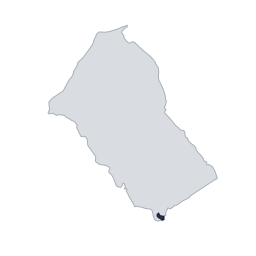 Bawku Municipal, Upper East, Ghana (highlighted), rotated 147°
{"feature_id": "2480657B67017614982997", "entity_name": "Bawku Municipal", "entity_type": "district", "adm_level": 2, "iso_a3": "GHA", "parent_name": "Ghana", "parent_adm1": "Upper East", "projection": "robinson", "projection_center": [-0.204, 11.042], "detail": "fine", "context": "in_parent", "style": "filled", "palette": "slate", "viewbox_px": 256, "rotation_deg": 147, "n_neighbors": 0, "source": "geoboundaries", "source_scale": "gbopen_adm2", "svg_char_len": 3924}
<svg xmlns="http://www.w3.org/2000/svg" viewBox="0 0 256 256"><g transform="rotate(147 128 128)"><path d="M153.4,33.5L155.1,35.3L155.4,36.4L154.8,40.3L153.6,43.0L152.8,45.5L152.9,46.8L153.7,48.1L156.2,50.1L157.5,51.4L159.1,53.4L160.9,55.3L163.9,57.8L165.2,58.3L165.2,59.0L164.8,59.9L164.5,69.3L164.2,71.7L164.0,72.9L163.7,76.4L163.4,76.9L162.8,76.9L162.3,77.0L162.2,77.7L162.4,78.4L164.2,78.9L163.8,79.4L162.5,79.9L161.8,81.0L162.1,82.2L161.3,83.1L161.6,83.8L162.0,84.3L162.8,84.1L165.0,82.5L165.9,82.3L167.0,82.6L169.1,85.1L169.2,86.3L168.3,90.4L167.5,93.6L167.3,97.8L168.2,100.2L168.1,101.5L167.2,102.6L165.0,104.3L165.2,105.4L166.2,107.5L168.0,109.8L171.5,112.7L173.3,116.4L173.4,117.9L172.3,119.5L171.0,120.8L170.6,122.7L171.2,135.2L168.4,140.7L168.4,142.2L168.7,144.0L169.4,145.1L170.8,145.4L172.0,146.5L171.6,150.3L171.0,154.2L170.9,156.1L170.5,157.0L169.4,157.7L169.0,158.9L169.3,160.4L169.1,161.6L169.7,163.0L171.0,164.8L173.0,169.3L173.8,169.7L174.1,170.6L173.9,171.5L174.7,173.5L177.0,175.5L179.3,177.2L181.3,177.5L181.7,179.0L183.0,181.0L183.9,181.9L185.4,182.4L186.6,182.7L186.6,184.4L184.5,185.6L183.0,187.3L181.9,189.9L180.3,192.8L175.0,194.3L173.0,194.3L162.1,194.4L151.8,200.1L146.0,202.1L142.3,205.3L137.5,207.6L134.1,210.3L127.0,211.6L115.4,216.0L111.8,217.7L108.1,220.7L102.2,224.2L99.8,224.2L95.2,220.9L91.7,219.2L83.1,216.7L76.7,215.7L73.6,214.6L72.7,214.5L73.5,213.3L75.3,213.2L77.1,213.5L78.6,212.6L80.6,212.5L81.2,211.6L81.4,209.2L81.3,207.3L82.1,206.4L82.3,204.1L81.3,199.1L80.5,198.5L76.8,197.8L76.5,196.8L75.8,195.8L75.1,193.2L74.3,189.3L73.0,184.5L70.5,176.6L69.9,173.9L69.5,171.0L69.4,167.6L69.9,166.4L69.8,164.6L69.6,162.9L71.4,158.8L74.9,153.9L75.6,152.2L76.2,150.9L76.3,149.2L77.0,143.4L78.6,136.5L79.7,133.9L80.4,132.5L81.2,130.2L81.5,129.1L84.7,126.4L86.1,125.7L86.5,124.6L86.0,123.4L86.2,122.6L86.9,122.2L88.1,121.9L89.0,120.8L87.6,112.3L86.6,103.8L86.5,103.0L85.9,101.9L85.2,98.3L84.1,96.3L82.6,95.7L82.6,93.7L84.2,90.5L84.6,88.6L83.8,88.0L83.7,86.5L84.3,84.1L84.0,82.6L83.7,81.0L82.2,77.3L81.8,74.7L82.6,73.1L82.6,69.7L81.7,64.5L81.6,61.2L82.2,59.9L81.9,58.6L80.8,57.3L80.7,56.1L81.7,55.0L81.5,54.0L80.3,53.4L79.2,51.8L78.3,49.2L78.5,45.2L80.3,37.7L80.6,37.1L82.6,37.1L82.6,37.4L89.0,37.3L96.3,37.3L105.1,37.2L113.0,37.1L113.3,36.7L114.7,36.3L122.7,37.1L127.7,36.7L129.8,37.0L131.4,37.5L134.8,37.1L136.7,37.3L138.1,39.2L138.6,39.2L139.4,38.4L140.8,37.5L142.2,36.8L143.2,35.3L143.8,34.2L144.7,34.4L146.1,34.4L146.9,33.4L147.3,32.0L153.4,33.5Z" fill="#d9dde1" stroke="#a8b0b8" stroke-width="1"/><path d="M150.4,39.4L150.5,39.4L150.6,39.2L150.8,39.1L150.8,38.9L151.0,38.8L151.0,38.7L151.2,38.4L151.3,38.3L151.3,38.2L151.4,37.9L151.2,37.8L151.2,37.7L151.2,37.8L151.2,37.7L151.1,37.8L151.1,37.7L151.0,37.4L151.1,37.2L151.2,36.9L151.2,36.7L151.0,36.4L151.0,36.2L150.9,36.1L150.8,35.9L150.7,35.9L150.7,35.7L150.5,35.8L150.4,35.8L150.2,36.0L150.1,35.9L149.9,35.6L149.9,35.1L150.0,35.0L150.0,34.9L150.1,34.7L150.0,34.3L149.9,34.4L149.7,34.3L149.7,34.2L149.8,34.1L149.8,33.8L149.7,33.7L149.5,33.4L149.5,33.2L149.4,33.0L149.2,32.9L149.3,32.8L149.3,32.7L149.3,32.4L149.4,32.2L149.2,32.1L148.6,31.9L147.9,31.8L147.7,32.0L147.7,32.4L147.6,32.5L147.9,32.8L148.0,32.8L148.0,33.0L148.0,33.3L147.8,33.3L147.6,33.4L147.4,33.4L147.2,33.4L147.0,33.5L146.7,33.5L146.4,33.8L146.3,34.0L146.2,34.3L146.3,34.3L146.5,34.3L146.8,34.4L146.9,34.5L147.0,34.6L147.1,34.8L147.3,34.7L147.5,34.6L147.8,34.7L147.9,34.9L148.0,35.0L147.9,35.4L147.7,35.6L147.8,35.7L147.8,35.8L147.9,36.0L148.0,36.0L148.3,36.1L148.5,36.4L148.6,36.5L148.8,36.7L148.8,36.8L149.0,36.9L149.3,36.9L149.3,37.0L149.3,37.3L149.2,37.5L149.3,37.9L149.4,38.0L149.5,38.1L149.5,38.3L149.4,38.4L149.2,38.4L149.2,38.5L149.0,38.8L148.9,38.8L148.9,39.0L149.0,39.1L149.0,39.3L149.1,39.2L149.2,39.3L149.4,39.2L149.4,39.3L149.4,39.5L149.5,39.5L149.8,39.7L150.0,39.5L150.2,39.4L150.3,39.4L150.4,39.4Z" fill="#64748b" stroke="#1e293b" stroke-width="1.5"/></g></svg>